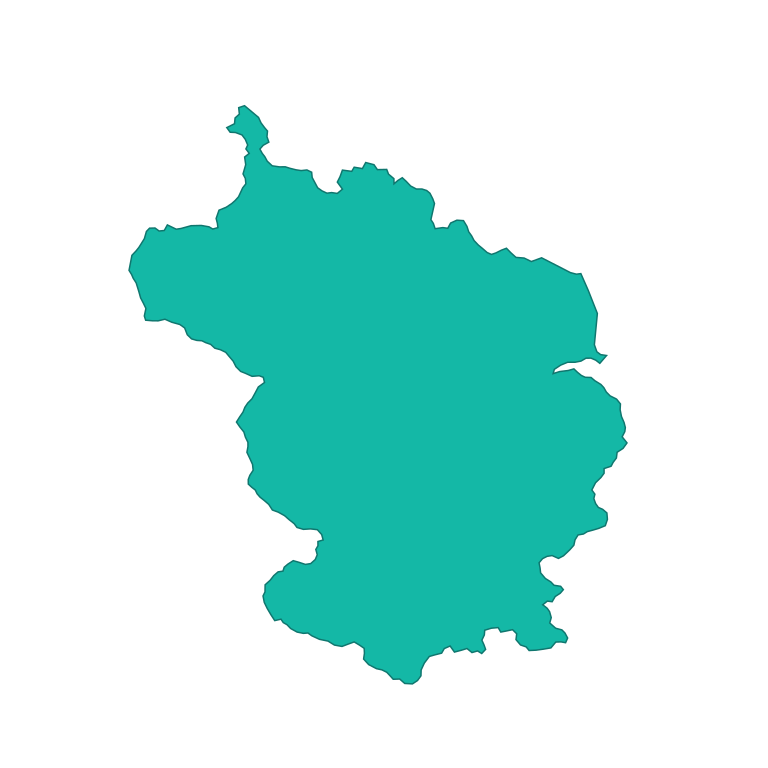 outline of Rio Claro, Rio de Janeiro, Brazil, rotated 79°
{"feature_id": "56859067B7677300051124", "entity_name": "Rio Claro", "entity_type": "district", "adm_level": 2, "iso_a3": "BRA", "parent_name": "Brazil", "parent_adm1": "Rio de Janeiro", "projection": "robinson", "projection_center": [-44.08, -22.786], "detail": "fine", "context": "isolated", "style": "filled", "palette": "teal", "viewbox_px": 768, "rotation_deg": 79, "n_neighbors": 0, "source": "geoboundaries", "source_scale": "gbopen_adm2", "svg_char_len": 4569}
<svg xmlns="http://www.w3.org/2000/svg" viewBox="0 0 768 768"><g transform="rotate(79 384 384)"><path d="M253.0,606.5L258.7,604.8L264.4,603.3L271.5,606.3L275.9,605.8L277.8,599.1L278.9,593.6L278.6,586.7L282.9,580.5L286.6,573.1L290.9,569.0L298.1,567.7L303.0,564.3L305.5,559.4L306.8,554.5L309.4,551.1L312.0,546.6L316.6,543.2L319.1,538.1L322.7,533.3L327.1,530.9L332.8,527.7L338.8,526.0L344.3,522.3L347.0,518.1L351.3,512.0L352.1,504.9L354.4,501.2L359.7,501.0L362.9,507.9L368.0,512.0L373.3,516.4L376.7,521.4L380.3,525.0L384.7,527.8L388.7,531.9L393.2,536.1L398.9,533.6L404.4,530.7L409.7,530.2L415.3,528.7L419.5,529.5L424.9,531.6L432.3,529.7L437.9,528.4L443.7,528.9L448.0,533.1L451.9,535.5L456.4,536.3L460.3,533.4L463.5,530.6L467.6,529.5L471.4,527.3L475.6,523.7L480.2,520.1L486.4,517.6L489.6,512.3L494.2,506.8L499.1,503.0L504.0,498.8L508.2,496.8L511.3,490.9L512.2,483.8L514.3,477.2L519.9,473.9L525.5,473.5L526.0,478.9L530.2,479.7L533.4,482.5L538.9,482.1L543.2,485.0L546.3,490.2L546.1,495.6L542.9,501.3L540.1,506.8L542.5,512.8L544.8,516.9L548.4,518.9L548.2,523.8L551.0,528.7L555.0,533.3L558.4,539.0L565.4,540.5L569.0,543.2L575.5,543.2L581.9,541.5L589.0,539.0L595.4,536.4L595.2,530.0L599.0,528.4L601.8,525.1L606.2,522.3L610.9,516.7L613.4,510.7L613.9,506.2L617.4,502.9L622.3,496.1L625.7,488.0L630.8,482.5L633.6,475.3L632.5,468.9L631.5,462.5L635.7,457.8L639.7,453.9L644.6,454.6L650.1,456.5L656.5,452.6L662.0,445.7L664.2,440.6L667.5,436.3L671.1,434.0L675.6,431.3L676.6,424.9L681.9,420.8L683.8,413.3L681.5,407.7L677.5,403.4L671.8,402.1L665.7,397.7L660.1,391.5L659.6,385.9L659.2,378.8L655.2,375.3L653.8,369.1L660.6,366.0L660.1,358.7L659.5,353.0L664.4,348.9L663.9,343.1L667.2,339.5L663.9,334.9L659.2,335.6L654.1,336.8L649.5,333.4L644.9,332.1L644.2,325.2L644.9,318.4L649.8,316.7L649.8,311.1L649.7,304.7L654.5,301.4L660.1,303.2L666.2,299.8L669.2,294.6L673.3,292.4L674.3,285.5L674.7,278.2L674.9,270.5L670.1,264.6L670.9,259.5L672.6,255.1L668.4,252.2L662.9,253.9L659.3,256.3L656.5,262.1L650.2,266.9L645.2,264.4L639.1,264.9L635.3,266.6L631.0,270.3L628.3,265.1L629.8,260.5L625.3,256.5L623.0,250.9L620.1,247.2L616.3,249.2L614.0,255.5L610.1,258.0L605.7,262.7L599.3,266.3L594.2,265.9L589.1,265.9L585.7,261.7L584.3,256.8L584.5,251.7L588.5,246.0L586.9,240.6L582.3,233.4L578.5,228.4L573.4,226.2L569.2,222.3L569.3,216.8L567.7,212.6L567.3,207.0L566.7,200.8L565.3,193.8L559.5,190.5L553.1,189.8L548.7,193.3L546.1,197.1L541.7,199.1L536.5,199.9L532.4,198.0L527.7,200.2L521.3,195.2L517.1,188.8L513.6,185.0L509.0,184.1L508.0,176.7L504.7,174.1L501.0,170.0L495.5,168.2L492.8,161.6L488.2,156.7L481.3,160.3L476.7,156.7L472.8,155.4L467.6,155.7L461.2,157.1L454.2,157.1L448.7,155.7L443.2,158.6L438.8,164.3L434.3,167.3L429.5,168.9L425.8,171.2L421.0,176.4L417.1,179.5L415.8,185.2L413.3,188.6L409.5,191.8L405.4,194.7L405.9,200.6L405.3,209.2L406.1,216.0L402.1,214.0L399.2,207.0L397.7,199.6L399.1,192.2L399.1,186.3L397.2,180.8L398.1,175.9L401.0,171.6L404.9,168.2L398.5,160.1L396.5,165.7L393.0,168.9L385.6,170.0L355.5,161.1L331.3,165.6L313.2,169.7L312.9,174.2L310.2,179.8L290.2,205.2L291.9,216.0L287.1,222.4L284.9,230.3L279.4,234.4L274.1,237.9L275.0,243.1L276.7,249.2L277.3,253.8L274.6,257.7L269.7,261.5L265.6,264.9L260.4,268.2L255.1,269.8L250.8,271.8L245.1,272.5L238.8,274.8L237.1,281.2L238.7,287.9L243.3,291.7L241.7,296.4L241.3,304.2L235.8,304.9L231.6,306.6L216.5,300.0L211.4,300.8L205.5,302.5L202.2,305.2L199.8,309.6L198.8,315.0L194.7,320.1L189.2,323.6L185.0,326.7L186.9,331.6L189.4,336.0L184.3,335.1L178.9,339.5L173.9,340.4L172.3,349.6L166.8,352.0L163.1,359.7L168.4,364.1L165.5,371.9L169.1,375.1L166.1,384.0L172.1,387.6L176.9,391.3L184.8,387.6L188.0,393.5L186.1,398.9L185.8,403.6L182.6,408.0L178.7,411.7L173.1,413.4L167.6,415.1L162.3,414.6L159.2,418.8L158.7,424.6L157.0,429.4L154.3,435.2L152.0,439.4L150.9,445.2L148.5,452.1L143.0,456.1L138.2,457.6L134.4,459.5L129.7,461.0L126.6,457.0L124.6,450.9L118.9,451.7L113.5,450.1L109.4,452.4L104.2,454.9L98.4,456.3L84.2,467.8L85.0,473.9L91.5,474.5L94.4,479.4L100.0,481.1L102.3,489.4L107.5,487.0L108.8,481.8L112.4,475.9L117.3,473.5L123.4,472.2L126.9,474.7L131.9,472.3L134.6,477.5L142.3,477.9L150.9,482.3L155.7,480.9L161.1,481.4L164.5,485.3L172.5,491.1L175.5,495.1L177.8,499.0L180.4,505.2L181.9,512.8L189.5,517.2L194.4,516.9L198.8,517.2L199.2,522.5L196.3,525.8L193.5,533.1L191.8,543.2L192.6,553.5L192.4,558.4L186.5,566.3L191.4,570.4L190.9,575.6L187.2,579.0L186.3,584.4L188.9,588.1L195.6,591.5L199.9,595.5L203.2,598.6L206.0,601.9L209.6,606.9L223.8,612.6L228.3,610.9L232.4,610.0L237.4,608.0L246.6,607.0L253.0,606.5Z" fill="#14b8a6" stroke="#0f766e" stroke-width="1.5"/></g></svg>